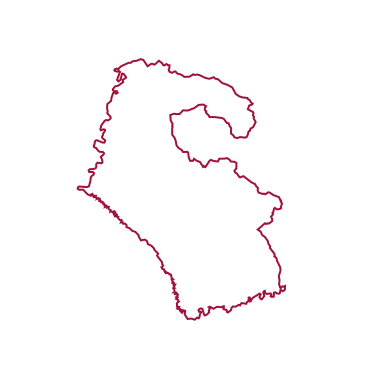 Makhoalipana, Maseru, Lesotho (Natural Earth projection), rotated 212°
{"feature_id": "5366337B32036214751587", "entity_name": "Makhoalipana", "entity_type": "district", "adm_level": 2, "iso_a3": "LSO", "parent_name": "Lesotho", "parent_adm1": "Maseru", "projection": "natural_earth1", "projection_center": [28.011, -29.76], "detail": "fine", "context": "isolated", "style": "outline", "palette": "rose", "viewbox_px": 384, "rotation_deg": 212, "n_neighbors": 0, "source": "geoboundaries", "source_scale": "gbopen_adm2", "svg_char_len": 6053}
<svg xmlns="http://www.w3.org/2000/svg" viewBox="0 0 384 384"><g transform="rotate(212 192 192)"><path d="M180.4,239.3L181.7,237.8L186.5,234.7L186.2,231.6L189.7,229.9L193.1,229.2L193.7,227.2L193.8,220.4L194.6,220.6L195.0,219.7L195.7,219.9L196.0,219.4L196.4,220.1L197.5,219.9L201.1,221.7L204.4,221.0L207.9,221.2L207.7,219.0L210.1,217.4L213.4,219.9L215.7,223.0L217.0,223.6L220.8,221.2L223.2,222.2L226.7,222.2L229.9,223.4L233.3,227.1L235.7,228.8L239.1,230.1L242.5,235.4L243.2,237.4L243.9,237.6L244.5,239.5L248.0,241.4L251.2,245.8L248.7,248.9L246.4,249.8L243.8,251.6L242.9,256.5L238.8,258.8L234.6,264.2L232.4,269.5L228.6,272.2L225.5,272.2L225.7,270.0L224.3,268.2L222.6,268.0L222.2,266.7L218.2,265.7L216.9,264.8L212.8,267.4L206.1,270.5L203.9,270.9L199.0,269.0L197.4,269.7L195.4,268.1L192.8,267.0L189.9,262.3L186.9,261.9L185.1,260.9L182.4,261.6L180.3,264.1L175.8,266.2L174.8,267.6L175.1,270.4L176.1,273.3L175.3,274.8L176.0,276.7L174.5,279.4L175.1,285.1L178.9,287.2L179.1,288.5L181.1,289.4L181.6,291.5L182.5,292.1L188.5,291.8L189.3,295.7L187.5,297.8L187.3,299.0L189.5,299.2L192.0,300.6L193.7,300.4L194.8,301.1L199.8,298.8L202.6,298.2L206.8,298.3L213.3,302.0L219.1,301.6L224.0,300.4L230.0,301.4L232.3,300.4L234.4,300.9L237.0,297.5L238.0,296.9L241.2,295.8L247.4,295.1L249.8,294.4L252.0,292.5L253.3,292.5L255.2,288.5L259.5,285.6L263.6,285.8L267.0,284.7L269.9,285.4L270.4,285.3L272.2,282.4L274.9,282.1L276.6,283.3L276.7,284.7L278.2,287.6L279.5,286.8L281.5,287.0L282.6,284.7L283.6,284.3L285.4,285.3L289.6,285.8L291.0,280.7L291.6,279.9L293.2,279.9L294.5,279.1L296.3,275.1L303.2,278.2L305.8,277.6L308.3,274.2L311.7,271.3L312.4,269.1L314.2,268.0L316.2,265.0L318.6,261.3L319.6,258.2L319.4,256.9L321.5,256.6L322.5,255.0L322.5,254.2L321.6,253.8L319.1,254.5L317.6,255.9L316.7,255.7L315.0,247.4L313.0,246.8L312.1,249.3L314.0,255.2L313.7,255.7L312.0,255.8L308.8,254.5L308.5,254.0L310.2,250.3L308.6,248.7L310.9,243.1L313.2,240.8L313.6,237.2L313.0,236.4L311.3,236.3L309.1,237.7L307.6,236.8L308.4,235.1L310.6,235.2L311.3,234.4L310.4,229.8L308.9,226.3L310.4,221.7L308.8,218.6L306.2,215.6L305.6,213.9L300.9,212.6L300.1,211.6L300.2,210.2L301.2,208.2L303.0,207.5L303.8,206.0L304.2,200.4L302.9,196.5L302.0,196.0L300.0,198.5L298.6,198.5L298.1,197.1L298.4,194.9L297.7,193.2L297.6,191.2L296.6,190.2L292.9,189.8L292.4,187.5L294.1,186.5L299.8,185.6L300.9,184.7L301.1,183.2L300.1,181.3L299.8,179.1L298.9,178.2L296.8,178.5L292.8,177.1L291.2,177.3L288.9,178.7L287.1,178.2L286.9,176.9L288.0,173.5L285.6,171.9L283.6,169.7L284.0,168.4L287.7,166.8L288.0,165.0L286.3,162.1L286.3,161.1L287.7,159.3L290.7,157.2L291.1,155.5L289.7,154.5L286.8,156.4L284.9,156.0L284.7,154.3L285.6,152.3L285.5,150.6L284.0,147.5L282.4,142.2L283.6,140.6L290.8,136.7L291.2,135.2L290.4,134.0L288.5,134.3L285.6,136.3L279.3,134.7L275.9,135.2L276.3,136.5L275.5,137.6L275.2,137.3L275.4,136.3L274.5,137.0L273.2,135.9L273.0,136.9L271.6,137.8L271.5,136.1L269.9,136.8L269.3,136.8L269.1,135.8L268.4,137.0L266.6,137.5L266.3,137.0L267.8,136.2L266.4,136.3L265.8,135.2L264.7,136.1L263.7,135.2L263.2,136.0L262.2,136.1L261.9,135.4L260.7,135.7L260.4,134.5L258.9,134.9L258.2,133.4L257.7,135.0L256.0,134.9L256.5,133.7L256.1,133.4L254.6,135.1L254.1,133.9L252.6,133.2L251.4,133.5L250.8,131.9L250.1,132.9L248.8,132.8L248.0,134.3L247.3,133.6L247.4,132.4L246.3,131.7L246.8,132.7L246.2,134.1L245.3,132.9L243.8,133.1L243.4,132.6L244.5,131.5L244.0,130.8L241.5,131.8L241.5,131.1L239.6,130.3L237.6,130.0L236.9,130.9L235.9,129.9L236.0,128.5L234.5,129.5L233.7,128.6L232.0,129.7L230.0,129.3L229.0,127.5L225.7,128.2L221.9,127.4L218.9,128.2L214.3,127.0L213.8,126.1L209.6,123.9L207.2,126.3L205.9,126.7L203.9,126.4L201.8,124.4L198.0,124.9L194.2,124.0L193.5,123.1L188.1,121.8L187.9,119.5L180.3,116.6L178.7,114.7L177.6,114.5L177.5,112.5L178.0,112.0L176.4,111.0L174.9,111.6L172.9,109.9L172.5,110.5L171.9,110.0L171.3,110.3L171.0,109.5L169.7,110.5L167.8,110.7L167.5,110.2L165.9,110.7L163.5,108.1L161.8,108.0L162.6,106.8L159.8,105.5L160.7,105.0L160.4,104.3L158.7,104.8L158.3,103.5L157.2,104.4L157.0,101.4L155.9,101.3L156.7,100.3L154.5,99.1L153.8,97.9L154.1,97.2L152.2,98.2L152.1,96.4L150.5,97.2L150.9,97.8L149.5,97.5L149.3,95.9L148.5,95.4L149.6,94.3L148.6,94.0L148.7,92.9L146.7,93.2L145.9,92.1L145.1,92.0L145.9,89.8L144.0,86.9L142.2,87.6L142.7,85.3L141.6,85.5L140.8,86.6L140.1,86.6L139.5,85.3L138.0,86.5L138.1,84.7L136.5,84.3L136.2,86.5L135.5,87.5L134.7,87.6L133.4,84.4L128.5,82.0L125.3,84.4L122.0,85.2L121.1,88.2L119.4,88.4L119.2,89.2L120.4,92.4L120.5,95.0L121.3,95.1L122.4,94.2L123.8,95.0L123.8,96.5L122.8,98.0L121.2,98.4L116.8,94.4L115.6,94.2L114.5,95.8L113.7,99.0L114.9,100.4L115.0,102.8L116.8,103.1L116.1,104.2L111.9,104.4L110.0,107.9L105.3,110.2L105.1,111.6L104.4,112.0L103.0,109.3L100.3,110.3L98.6,108.7L97.7,108.9L96.3,112.6L97.1,114.9L96.7,116.5L94.1,118.0L92.6,121.1L91.2,121.2L91.2,124.0L86.7,126.0L87.1,127.6L86.3,129.6L88.0,132.5L87.2,133.1L86.7,132.8L84.8,130.0L84.3,130.7L84.6,133.6L83.9,135.5L80.7,141.8L79.4,141.5L79.2,138.7L77.3,137.7L75.9,138.0L75.6,142.1L78.4,144.6L78.3,146.1L77.8,146.7L76.4,145.1L74.9,145.0L71.6,147.6L70.3,147.1L70.0,145.2L68.8,145.3L67.2,146.7L69.2,150.0L68.2,151.1L66.1,151.0L64.1,152.1L63.9,152.8L65.2,156.2L62.5,155.9L61.5,157.7L61.7,158.8L63.3,161.6L64.1,160.3L65.1,160.1L65.8,158.0L67.0,157.9L67.4,158.7L69.0,159.5L71.1,163.7L73.8,166.6L75.3,172.3L77.3,174.9L83.6,178.8L84.9,180.3L86.2,181.0L88.0,181.0L88.1,181.9L89.7,183.4L96.4,185.9L96.9,187.4L99.6,188.5L102.1,190.8L106.5,192.5L109.7,192.7L112.8,194.8L116.3,194.9L113.6,204.1L112.1,204.2L111.3,205.5L110.0,206.0L108.6,209.8L109.4,211.3L111.9,213.0L111.4,216.0L112.7,216.9L112.4,217.9L113.6,221.2L113.3,222.5L111.0,222.1L108.5,224.2L107.9,225.6L108.5,226.0L109.7,230.1L111.6,230.8L112.0,232.0L112.6,231.8L115.4,233.7L121.7,232.5L125.6,232.7L127.2,232.2L128.5,229.0L130.1,228.8L131.0,227.8L135.3,226.8L137.0,228.0L138.4,230.5L140.6,230.9L142.6,232.1L147.1,231.7L156.8,232.7L158.9,229.9L159.8,229.8L163.8,231.5L165.9,231.4L167.3,232.6L166.9,235.5L169.7,240.2L172.0,240.1L175.3,238.4L177.0,239.2L180.4,239.3Z" fill="none" stroke="#9f1239" stroke-width="2"/></g></svg>